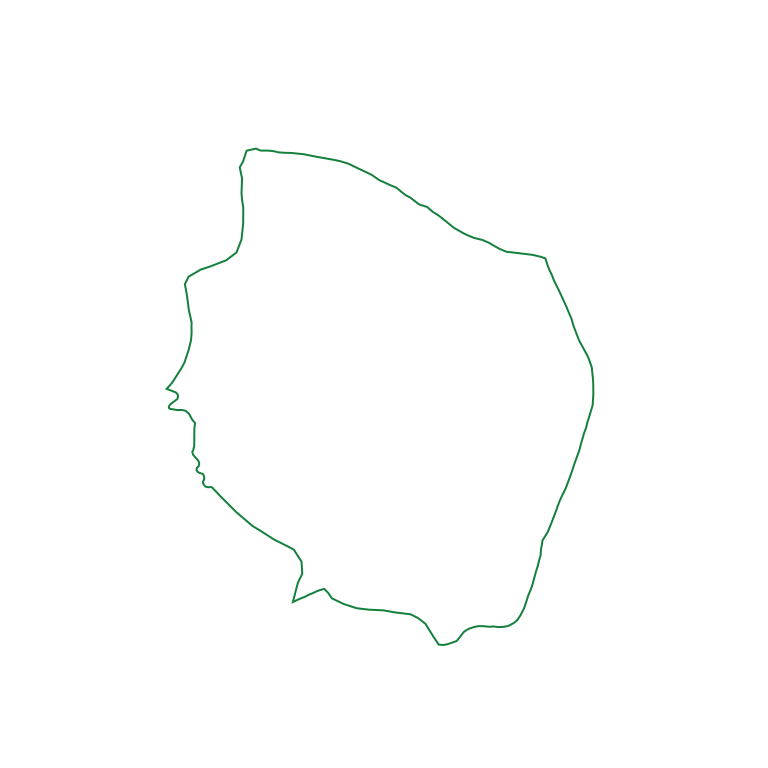 Outhoomphone, Savannakhét, Laos (Mercator projection), rotated 143°
{"feature_id": "54806243B62661811968919", "entity_name": "Outhoomphone", "entity_type": "district", "adm_level": 2, "iso_a3": "LAO", "parent_name": "Laos", "parent_adm1": "Savannakhét", "projection": "mercator", "projection_center": [105.056, 16.753], "detail": "fine", "context": "isolated", "style": "outline", "palette": "green", "viewbox_px": 768, "rotation_deg": 143, "n_neighbors": 0, "source": "geoboundaries", "source_scale": "gbopen_adm2", "svg_char_len": 2950}
<svg xmlns="http://www.w3.org/2000/svg" viewBox="0 0 768 768"><g transform="rotate(143 384 384)"><path d="M588.0,264.7L585.0,264.1L583.3,263.7L580.9,263.2L578.2,262.5L576.0,261.8L574.4,261.5L572.3,261.2L571.2,261.0L568.9,260.4L566.3,259.7L563.1,259.1L560.5,258.4L559.2,257.9L557.0,257.1L555.1,256.4L554.3,251.2L554.6,244.2L548.7,232.7L540.7,221.3L531.8,212.8L520.5,203.4L513.0,195.3L501.3,184.0L497.6,176.4L495.2,167.5L496.6,152.4L497.1,142.9L493.4,139.6L489.1,137.7L480.7,135.0L476.5,136.0L474.0,136.7L469.8,137.9L466.1,137.8L462.7,137.2L458.0,135.6L454.1,133.7L450.1,130.5L446.0,126.8L442.1,124.1L438.6,120.7L433.8,117.6L429.9,115.9L424.1,115.0L419.6,115.2L413.6,117.4L406.8,120.8L399.1,126.1L398.1,126.8L396.4,128.1L391.1,131.2L387.5,133.4L381.7,137.9L375.3,142.9L370.6,146.2L366.0,150.0L362.4,152.6L357.5,158.1L353.9,161.3L351.7,163.6L344.6,166.4L342.2,167.3L333.5,172.5L324.8,178.0L314.1,184.9L308.0,188.2L301.9,191.2L289.0,199.4L277.8,207.1L267.7,213.6L263.3,217.2L253.7,224.4L249.1,227.3L244.5,231.1L239.4,234.7L230.1,241.5L223.0,249.8L216.5,258.6L213.5,263.2L208.1,272.2L206.9,275.6L206.9,275.8L205.5,280.2L204.5,284.2L203.1,293.7L201.9,301.8L197.4,317.2L195.1,322.9L193.3,330.3L191.9,335.6L189.4,346.9L187.9,353.9L186.0,364.2L184.4,369.9L183.4,374.9L181.8,380.8L179.5,387.1L182.3,391.3L187.4,397.5L195.7,405.5L202.8,412.3L206.6,415.9L210.5,422.6L213.6,429.6L214.8,432.8L218.7,439.8L224.1,446.4L227.6,452.2L230.0,457.0L232.6,463.0L234.3,467.0L237.0,478.2L239.2,486.4L241.4,492.0L242.7,497.8L242.8,498.2L242.8,498.3L243.0,499.5L247.6,505.8L248.1,507.1L249.4,511.8L250.9,517.2L253.0,521.6L254.3,526.4L256.0,533.4L259.2,538.8L265.1,549.7L268.1,558.8L274.8,571.5L279.8,581.3L285.2,588.7L290.8,595.0L298.3,603.0L305.3,610.7L309.7,615.7L316.6,622.1L319.7,624.9L323.2,627.6L329.1,632.7L330.8,635.0L333.1,637.4L336.2,640.2L342.2,644.8L344.5,649.0L346.5,649.9L353.4,653.0L362.8,646.4L368.8,643.9L373.7,633.5L383.0,622.1L386.8,616.0L390.2,609.6L399.8,597.0L410.8,585.2L422.7,577.8L435.8,577.8L436.1,577.9L441.3,579.4L451.8,582.4L461.6,585.7L475.4,587.3L483.0,583.6L485.3,578.7L487.3,574.8L490.2,569.5L495.2,560.8L500.6,549.0L504.2,544.4L505.9,541.9L508.3,539.0L511.7,535.2L519.2,529.0L530.3,521.3L536.4,518.5L552.5,512.5L560.5,510.9L557.8,506.6L555.4,502.8L555.1,499.6L556.2,497.7L558.1,496.4L562.9,496.4L566.6,496.4L569.0,495.6L570.1,494.5L570.1,493.2L567.7,490.7L565.0,487.8L561.0,484.8L558.6,482.1L557.6,477.8L558.6,471.1L558.4,466.5L561.9,463.0L573.2,448.3L574.6,447.4L575.7,446.3L576.5,445.8L577.7,445.4L578.2,444.7L579.0,442.6L578.9,439.1L578.5,435.2L578.7,433.2L579.7,431.3L581.3,430.0L583.8,429.7L585.5,428.2L585.6,425.3L584.3,423.4L582.8,421.0L583.2,418.7L584.7,416.2L587.1,415.1L588.2,413.7L588.4,412.2L588.5,410.0L587.9,408.9L586.5,407.3L583.6,405.4L582.3,393.6L579.0,370.1L574.5,349.9L570.1,338.7L565.6,326.4L562.3,319.7L555.7,306.2L556.8,291.7L563.5,281.6L572.4,277.1L588.0,264.7Z" fill="none" stroke="#15803d" stroke-width="2"/></g></svg>